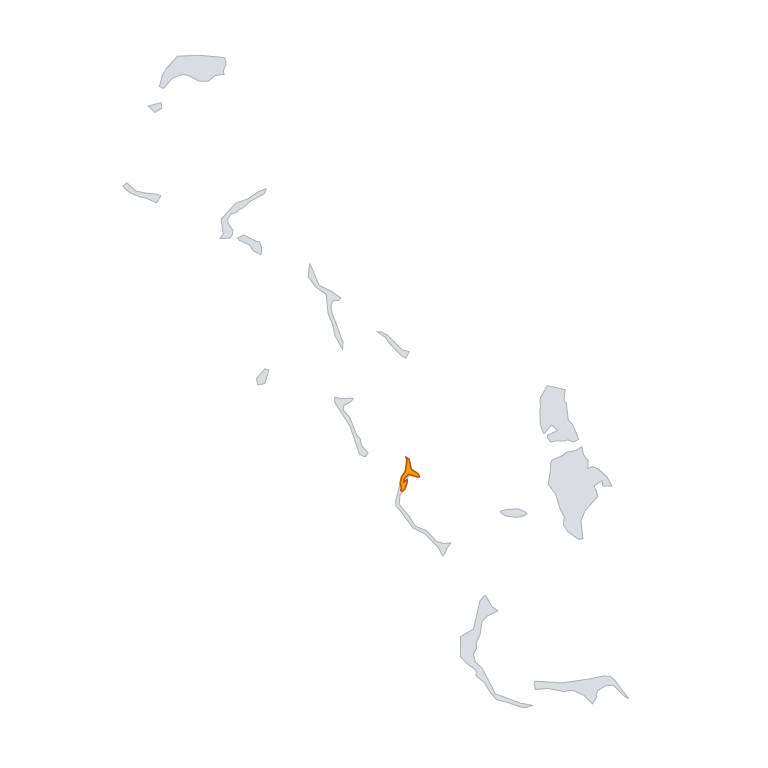 South Eleuthera highlighted on a map of The Bahamas, rotated 188°
{"feature_id": "BHS-5029", "entity_name": "South Eleuthera", "entity_type": "District", "adm_level": 1, "iso_a3": "BHS", "parent_name": "The Bahamas", "parent_adm1": "", "projection": "albers", "projection_center": [-76.202, 24.817], "detail": "fine", "context": "in_parent", "style": "filled", "palette": "amber", "viewbox_px": 768, "rotation_deg": 188, "n_neighbors": 0, "source": "natural_earth", "source_scale": "10m", "svg_char_len": 3957}
<svg xmlns="http://www.w3.org/2000/svg" viewBox="0 0 768 768"><g transform="rotate(188 384 384)"><path d="M207.4,307.6L207.1,319.8L208.0,328.9L207.0,332.1L197.0,338.1L194.4,341.5L185.0,344.8L179.3,349.5L176.6,341.7L171.2,336.8L170.4,328.6L166.1,331.3L160.1,329.6L150.3,323.2L144.1,314.7L152.9,313.4L154.7,318.7L161.7,312.4L160.2,309.0L159.0,308.5L156.8,302.2L167.5,286.0L169.9,275.4L165.4,258.4L169.8,257.3L181.5,263.4L186.8,269.4L186.8,277.4L191.7,283.7L198.7,298.7L207.4,307.6ZM214.8,353.7L214.9,356.0L205.7,362.3L212.3,366.9L218.6,357.1L223.5,365.1L226.1,380.2L225.6,382.8L226.0,385.0L227.0,387.9L227.2,392.1L222.0,405.1L203.8,403.6L203.5,392.5L200.7,390.4L196.7,374.5L191.1,369.4L183.4,356.3L188.0,353.0L194.1,354.2L197.2,352.7L205.7,351.6L210.8,349.8L214.8,353.7ZM646.6,658.2L643.8,665.6L634.1,679.9L612.0,683.9L587.5,685.0L585.5,681.3L584.9,677.9L586.6,672.6L586.4,670.5L585.4,668.4L594.3,666.0L600.0,659.4L609.2,658.1L620.9,662.4L627.1,662.5L636.2,657.2L643.4,646.1L647.8,647.4L646.6,658.2ZM255.7,187.7L253.8,188.5L246.0,178.4L239.7,175.4L249.6,168.4L253.9,162.3L254.0,148.9L256.4,141.7L255.6,135.3L257.9,128.9L255.0,121.6L246.8,115.8L230.8,92.8L205.2,86.9L192.0,86.5L199.3,83.0L206.0,83.5L216.4,85.8L228.7,87.0L236.3,93.8L243.4,102.8L250.0,106.4L252.6,108.7L252.3,111.3L253.4,113.8L261.9,118.0L270.5,124.8L272.9,144.6L261.2,153.9L258.8,182.5L255.7,187.7ZM142.4,103.3L153.2,106.6L159.1,106.3L162.6,104.3L178.7,105.4L191.7,102.5L193.6,107.9L193.2,110.7L165.5,112.9L140.0,120.4L126.0,125.4L119.4,125.9L114.5,123.0L98.0,106.5L102.5,108.2L114.7,117.6L122.4,116.1L129.6,110.1L130.8,105.6L129.8,103.4L133.1,96.3L142.4,103.3ZM307.7,229.9L322.6,241.2L335.4,245.5L349.2,259.8L355.2,264.8L356.2,269.4L353.9,290.4L350.8,303.1L351.3,314.2L348.0,310.9L344.7,303.7L339.3,299.5L337.5,297.3L347.2,296.8L348.1,285.4L352.8,276.3L352.1,266.9L340.8,256.6L333.1,247.5L321.2,244.6L310.3,235.5L303.7,234.3L295.7,235.9L298.6,230.5L300.6,223.4L302.1,222.0L307.7,229.9ZM474.5,490.1L473.9,492.7L462.0,472.7L447.3,467.9L438.8,463.1L440.6,460.4L446.4,459.1L447.3,452.8L444.8,445.9L436.9,432.0L432.5,422.7L430.5,420.5L429.9,412.6L439.2,424.8L443.1,435.6L449.3,446.2L453.6,464.5L465.4,470.7L473.9,479.5L474.5,490.1ZM534.3,557.7L527.8,560.9L529.1,555.6L541.5,546.6L548.4,538.7L552.2,535.9L553.6,533.8L559.1,530.8L561.7,525.8L560.9,521.7L555.0,515.1L555.0,510.3L557.0,507.0L566.6,505.2L564.1,510.3L568.2,524.6L555.7,542.6L544.7,548.3L534.3,557.7ZM430.3,359.1L430.9,364.2L424.8,363.3L415.7,365.3L412.4,365.4L414.4,361.9L420.7,357.1L421.0,352.6L413.2,346.1L404.1,330.0L399.8,326.2L397.8,320.1L390.2,313.6L391.7,310.1L393.3,309.3L398.4,310.9L410.1,334.2L410.9,336.4L430.3,359.1ZM642.4,534.1L648.2,535.4L651.3,535.2L662.1,538.0L668.5,541.9L670.0,543.6L666.7,547.4L656.7,540.6L648.1,539.9L636.1,540.4L631.3,539.2L634.3,531.6L642.4,534.1ZM547.4,506.3L549.5,508.1L543.6,512.2L530.2,507.4L527.2,507.8L524.5,502.5L523.4,498.6L524.0,495.0L532.0,497.7L536.4,502.8L547.4,506.3ZM243.9,277.1L233.6,279.1L226.2,277.0L224.4,275.3L227.5,272.6L234.5,270.3L245.6,270.2L250.5,273.0L251.0,274.2L243.9,277.1ZM397.9,434.7L394.0,435.3L387.1,432.7L371.0,420.5L363.5,419.5L365.9,412.6L371.6,415.0L384.7,425.5L389.6,430.7L397.9,434.7ZM511.1,371.6L503.9,382.6L500.0,381.7L502.1,368.0L507.1,365.8L509.1,365.9L511.1,371.6ZM656.2,626.4L643.9,631.6L642.5,625.9L648.7,621.1L656.2,626.4Z" fill="#d9dde1" stroke="#a8b0b8" stroke-width="1"/><path d="M352.6,280.8L352.3,282.8L352.7,284.5L353.9,287.1L354.2,288.8L353.9,293.6L353.4,295.6L351.2,299.1L350.8,300.5L350.5,307.5L350.8,311.4L352.0,314.6L349.0,313.3L347.4,310.1L346.4,306.4L345.1,303.6L343.6,302.5L339.6,300.9L337.9,299.8L336.0,297.6L336.3,296.6L337.7,296.5L346.7,298.1L347.3,297.8L347.7,297.1L348.1,296.4L348.6,295.7L350.1,294.2L350.5,293.3L350.8,291.9L350.7,289.6L349.9,290.1L348.9,291.7L347.9,292.6L347.4,291.5L347.5,288.9L348.3,284.3L348.8,282.6L349.0,282.2L349.6,281.6L351.2,280.1L352.6,280.8Z" fill="#f59e0b" stroke="#b45309" stroke-width="1.5"/></g></svg>